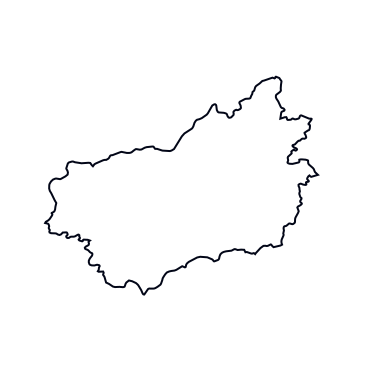 Orel, Natural Earth projection, rotated 145°
{"feature_id": "RUS-2366", "entity_name": "Orel", "entity_type": "Region", "adm_level": 1, "iso_a3": "RUS", "parent_name": "Russia", "parent_adm1": "", "projection": "natural_earth1", "projection_center": [36.297, 52.785], "detail": "fine", "context": "isolated", "style": "outline", "palette": "ink", "viewbox_px": 384, "rotation_deg": 145, "n_neighbors": 0, "source": "natural_earth", "source_scale": "10m", "svg_char_len": 5995}
<svg xmlns="http://www.w3.org/2000/svg" viewBox="0 0 384 384"><g transform="rotate(145 192 192)"><path d="M314.3,167.1L312.5,172.3L312.3,173.3L312.4,174.8L312.2,175.3L310.7,176.5L310.4,177.8L314.2,180.2L314.6,181.1L313.0,181.8L311.6,183.4L310.2,184.2L310.0,184.6L310.0,185.2L311.1,186.5L311.8,187.0L314.1,187.8L316.2,189.4L317.2,190.7L317.4,191.6L317.3,192.2L316.8,193.7L315.8,195.0L313.9,196.1L310.4,197.2L309.5,197.9L309.0,198.7L309.0,199.2L309.8,200.5L310.1,201.4L310.4,203.7L310.8,204.6L311.8,206.1L312.1,206.9L311.8,207.8L310.5,208.2L307.8,207.9L306.8,208.0L305.8,209.1L305.6,210.0L305.4,210.5L305.0,210.7L303.5,210.8L304.8,212.6L308.0,215.1L308.6,215.2L309.3,214.6L310.3,214.6L312.0,216.8L312.2,217.5L312.2,218.0L311.8,218.2L310.4,218.4L310.1,218.7L309.9,220.2L309.3,220.9L309.1,221.3L309.3,222.1L310.1,222.5L313.4,222.8L314.4,223.2L316.3,224.5L317.3,225.0L319.1,225.0L320.1,225.5L320.7,226.3L320.7,227.5L320.2,228.0L318.8,228.2L318.1,228.7L317.8,229.8L317.8,230.6L318.1,231.0L321.1,232.9L323.7,232.4L325.2,232.8L326.4,234.3L326.8,235.5L327.3,236.2L331.1,239.1L331.9,240.5L331.6,241.4L330.3,242.4L330.2,244.2L329.7,245.0L328.6,245.9L328.0,247.8L328.2,248.7L330.1,250.8L328.9,251.4L326.0,251.2L324.1,251.5L320.7,252.8L319.7,253.3L319.2,253.8L319.1,255.2L318.8,255.3L316.6,255.0L315.5,255.3L314.2,256.2L312.3,258.3L309.5,260.8L309.2,264.1L308.0,271.6L307.8,274.5L307.0,276.8L304.9,279.6L303.9,280.4L301.4,281.5L298.7,281.9L296.5,281.4L295.6,281.0L292.7,278.2L291.7,277.9L286.7,277.4L283.9,277.6L282.4,279.2L281.8,281.0L281.7,282.7L281.4,283.5L277.3,286.6L275.8,286.8L272.9,285.8L271.9,285.1L270.8,283.5L266.0,278.9L260.0,275.3L259.2,274.6L258.7,274.1L258.7,271.4L258.4,269.9L256.0,270.7L254.7,270.6L246.7,269.0L245.3,268.5L243.8,267.5L241.4,267.3L240.2,267.6L238.5,268.5L237.8,268.6L237.2,268.5L236.0,267.8L227.7,265.7L226.7,265.3L222.9,261.3L220.5,259.7L218.8,259.2L215.6,259.4L213.6,259.4L212.8,258.9L210.5,256.6L209.0,255.8L205.4,255.4L203.5,254.8L198.4,252.0L197.6,251.3L197.5,250.9L197.5,248.6L197.1,248.2L195.8,247.3L192.5,242.9L186.6,238.2L185.0,237.7L182.1,237.5L168.4,243.4L164.6,244.3L155.9,244.0L155.2,244.1L153.4,244.9L150.2,247.3L148.0,248.2L146.5,248.3L144.1,247.4L141.6,246.9L135.6,246.9L133.8,247.4L125.8,251.2L123.8,251.1L122.8,250.7L122.6,250.3L122.4,249.7L122.6,248.8L124.6,245.0L124.9,243.0L124.7,242.3L124.5,241.9L120.5,238.6L119.2,237.0L118.8,235.8L119.4,233.6L119.3,232.0L118.7,231.3L117.5,230.8L116.9,230.7L113.8,231.3L113.0,232.1L112.6,233.1L112.0,233.9L110.6,234.3L108.9,234.1L108.5,233.9L108.1,233.2L107.6,232.9L106.9,232.6L105.1,232.4L104.3,232.5L103.7,232.8L102.6,234.9L102.2,237.6L101.8,238.2L101.4,238.4L100.9,238.5L95.5,237.8L94.5,237.5L91.6,235.7L90.8,235.5L90.3,235.5L88.2,236.9L86.5,237.7L85.0,239.2L82.9,239.4L80.1,241.6L78.5,242.1L74.4,242.1L70.7,242.6L69.2,242.0L60.5,239.5L59.2,237.7L58.4,237.7L57.5,238.4L57.1,238.3L55.2,235.4L55.1,234.8L55.2,233.9L55.1,231.7L55.3,231.2L57.6,228.8L59.8,226.1L61.1,224.0L62.6,223.5L67.2,223.3L68.1,222.7L68.9,221.6L69.3,220.2L69.4,216.7L70.5,210.7L70.3,209.5L69.1,207.9L69.0,207.3L69.0,206.3L69.4,205.9L69.8,205.7L72.2,206.2L72.9,206.1L73.6,205.6L77.6,201.4L73.0,200.0L71.8,199.2L71.9,198.4L72.4,197.0L72.4,196.4L72.1,196.0L69.9,194.7L69.3,194.5L67.7,194.6L67.2,194.3L66.3,192.8L65.3,192.0L62.5,191.0L61.6,191.2L60.0,192.3L59.2,192.4L58.8,192.2L58.5,192.0L53.9,184.8L52.3,183.7L52.1,183.3L52.3,183.0L53.0,182.6L57.4,181.1L57.7,180.5L57.1,179.8L57.2,178.9L57.8,178.0L59.3,176.3L60.1,175.8L60.8,175.6L61.8,175.9L65.8,176.0L66.2,175.3L66.3,173.6L67.0,171.4L67.4,171.1L67.8,170.9L69.3,171.1L70.6,172.2L71.1,172.4L71.7,172.5L74.3,172.2L74.9,172.7L75.5,172.8L76.4,172.8L80.2,172.0L80.7,172.0L82.4,172.6L82.9,172.5L83.2,172.2L83.3,171.5L82.7,169.7L81.6,168.0L81.4,167.3L81.5,166.7L82.3,166.3L83.3,166.4L83.8,167.0L84.2,168.1L84.4,168.3L86.8,168.3L87.5,168.1L88.1,166.6L88.5,166.4L93.1,165.8L94.0,165.1L95.0,162.9L95.5,162.4L96.7,161.6L96.9,161.2L96.8,160.5L96.0,159.3L93.6,157.4L87.9,155.1L87.4,155.0L86.6,155.3L85.6,156.9L84.7,156.6L83.3,155.7L80.4,153.3L79.4,152.1L78.9,151.2L80.3,148.9L80.5,147.6L79.2,142.4L79.1,140.8L79.7,138.5L79.8,137.6L79.0,133.8L85.6,136.0L86.0,136.6L86.3,138.2L87.7,138.1L89.5,137.3L90.1,136.8L90.3,136.3L90.1,134.8L90.1,133.9L90.4,133.7L90.8,133.7L92.5,134.5L93.1,134.5L93.4,134.1L93.8,132.8L94.2,132.5L94.8,132.6L96.0,133.6L96.9,134.6L97.7,135.9L98.2,136.5L99.5,136.9L100.6,136.8L101.3,135.7L101.6,133.9L102.7,132.0L103.1,130.9L103.4,130.5L104.3,129.9L105.2,128.9L106.1,125.9L106.1,125.0L105.8,124.3L106.0,123.9L106.4,123.5L108.5,122.6L108.8,122.2L109.0,121.5L108.6,119.9L108.7,119.5L109.1,119.2L110.6,119.0L113.7,119.3L114.6,118.9L115.6,115.1L117.0,114.1L121.9,111.7L123.0,110.8L124.9,108.3L125.8,107.8L127.6,107.8L128.1,108.0L128.5,108.3L129.9,110.1L130.7,110.5L133.7,110.2L134.7,110.3L135.9,110.9L136.5,110.8L137.1,110.5L137.9,109.6L138.8,107.7L141.0,105.7L141.5,104.4L142.0,103.9L145.8,101.6L147.0,100.4L147.9,98.9L148.4,97.2L150.2,97.4L156.8,100.0L157.2,101.5L157.3,103.5L157.6,103.9L160.8,104.4L161.8,104.9L162.9,106.0L164.4,106.9L168.1,106.8L174.9,105.3L175.9,104.9L176.2,106.2L176.8,106.7L177.6,106.8L178.7,107.5L181.5,111.4L182.8,112.0L182.4,114.7L184.8,116.6L187.9,118.3L189.2,120.2L190.1,120.9L193.3,121.3L198.0,123.8L200.0,124.6L201.9,125.0L203.3,124.9L204.6,124.6L206.4,123.4L208.0,121.9L208.7,121.5L209.7,121.4L213.2,122.3L213.7,122.5L213.9,123.0L213.9,124.4L214.1,125.2L216.9,129.7L222.4,134.2L225.3,135.4L234.7,136.6L236.9,136.4L238.3,135.9L240.2,134.2L241.0,134.3L242.6,136.8L249.4,137.2L251.4,137.7L254.3,139.2L256.3,140.0L258.7,140.5L261.0,140.0L263.6,139.0L265.5,138.1L267.1,136.7L269.9,134.7L271.0,134.2L274.6,134.1L277.2,134.3L278.5,134.7L280.2,135.8L282.5,137.5L283.7,137.7L289.9,135.4L290.3,135.7L290.6,136.2L290.6,137.4L289.9,140.7L289.5,146.3L289.6,147.4L290.1,149.5L292.2,153.2L294.4,155.7L297.7,155.5L298.9,155.0L300.9,153.5L301.7,153.1L303.1,153.6L305.7,155.8L309.6,158.3L311.0,159.9L312.7,164.3L314.3,167.1Z" fill="none" stroke="#020617" stroke-width="2"/></g></svg>